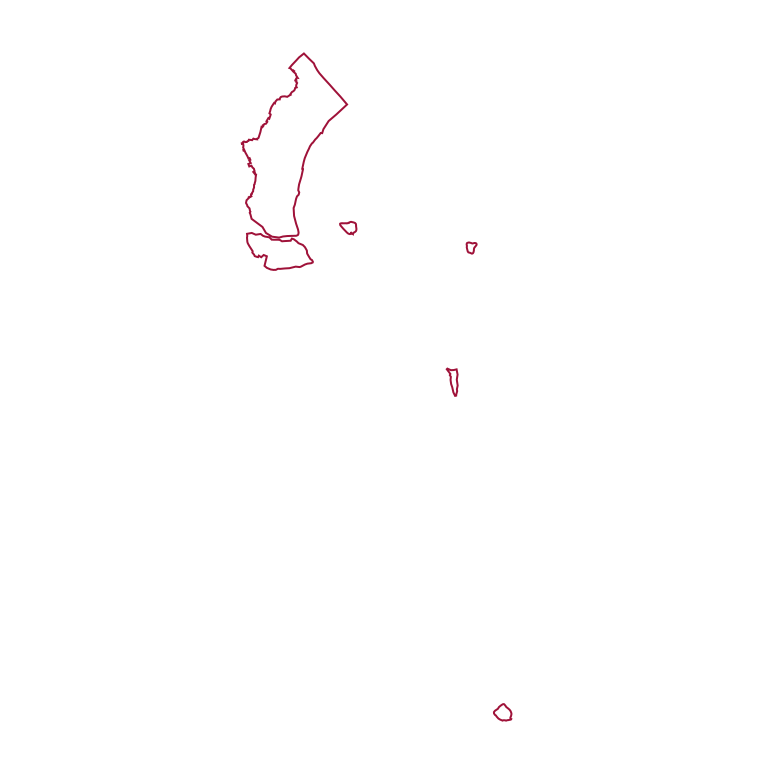 Kolofo'ou, Tonga, rotated 99°
{"feature_id": "48082658B76905372739919", "entity_name": "Kolofo'ou", "entity_type": "district", "adm_level": 2, "iso_a3": "TON", "parent_name": "Tonga", "parent_adm1": "", "projection": "robinson", "projection_center": [-175.151, -21.107], "detail": "fine", "context": "isolated", "style": "outline", "palette": "rose", "viewbox_px": 768, "rotation_deg": 99, "n_neighbors": 0, "source": "geoboundaries", "source_scale": "gbopen_adm2", "svg_char_len": 4893}
<svg xmlns="http://www.w3.org/2000/svg" viewBox="0 0 768 768"><g transform="rotate(99 384 384)"><path d="M86.7,526.8L86.9,525.8L89.0,523.2L88.4,522.8L89.0,521.7L89.8,522.2L91.4,519.7L92.8,519.2L95.1,517.2L95.1,518.0L96.0,518.5L96.6,518.3L97.2,518.9L98.2,519.1L98.6,517.8L99.5,517.9L100.3,516.9L102.1,517.4L103.6,517.4L104.7,516.6L105.4,518.0L107.5,518.3L108.1,518.7L108.9,519.2L109.8,520.4L110.7,521.0L112.7,521.9L113.0,521.5L113.9,522.7L115.5,524.5L115.4,527.0L116.0,529.6L116.8,530.9L118.4,531.6L119.2,531.5L119.7,533.9L122.0,535.4L123.9,535.6L123.6,536.5L124.6,537.0L127.8,538.4L130.2,539.0L132.0,539.1L134.6,539.5L135.5,538.1L136.6,538.2L139.9,538.8L139.4,539.8L142.9,541.2L143.4,540.3L145.4,541.3L145.9,542.7L147.4,544.1L147.9,543.5L148.3,543.7L149.4,544.3L149.2,545.2L154.4,545.5L160.4,546.4L160.8,546.6L161.7,547.9L162.2,547.7L162.3,550.2L162.1,551.4L163.8,552.4L163.8,554.4L163.9,555.7L165.1,555.9L165.5,556.8L166.4,557.3L166.8,559.0L166.4,559.6L166.6,560.7L167.3,561.2L168.2,560.9L168.5,562.1L169.1,561.9L168.7,560.7L170.7,560.1L172.5,560.1L174.6,558.7L174.9,559.5L175.5,559.2L175.1,558.4L177.1,557.1L178.5,556.0L180.3,554.6L182.4,553.2L181.9,552.1L183.5,551.1L184.2,552.1L186.6,550.2L187.9,552.4L190.2,551.1L189.1,549.1L190.7,547.8L191.7,546.2L193.8,545.2L195.0,546.3L196.1,545.1L195.5,544.6L196.9,543.7L197.3,543.9L197.6,543.6L197.5,543.1L200.0,543.1L203.6,542.8L205.9,543.1L206.7,543.0L207.6,543.5L210.3,543.1L212.5,543.6L214.2,543.4L215.7,544.2L216.8,544.1L217.2,544.9L218.4,545.0L219.3,544.3L220.3,545.4L220.3,546.5L220.8,546.9L221.4,546.6L224.0,548.5L226.8,548.6L228.8,547.1L229.8,546.7L231.6,544.3L234.1,543.4L234.8,542.9L235.9,543.4L237.1,542.6L237.7,542.3L241.6,540.6L247.9,528.6L253.3,524.2L256.0,517.6L255.8,510.5L254.1,506.8L253.0,502.7L252.1,498.1L251.3,493.8L250.4,492.4L249.1,492.0L247.6,492.1L244.8,493.1L239.4,495.9L232.1,499.1L224.3,500.8L220.8,500.1L214.9,499.8L212.3,499.3L210.4,497.9L208.0,497.7L206.1,499.0L204.2,499.1L200.1,499.1L193.5,498.2L191.9,498.0L184.5,497.6L184.2,497.7L184.2,498.4L177.0,498.0L173.4,497.6L166.7,496.0L163.2,494.9L160.8,494.3L157.6,492.8L156.8,492.0L153.3,490.2L151.7,489.0L149.5,487.7L146.0,485.8L145.9,484.3L141.8,483.7L132.9,479.8L125.3,473.3L113.7,464.2L106.9,472.1L101.9,478.4L97.1,484.2L90.9,492.0L90.7,492.2L87.2,496.4L84.4,499.1L80.7,502.0L78.3,503.4L74.6,508.7L70.1,514.8L74.7,519.0L78.2,521.3L83.3,524.8L86.7,526.8ZM281.9,489.6L281.7,485.6L281.1,484.4L278.3,480.7L277.1,478.4L276.1,474.8L275.1,473.4L274.3,473.4L272.8,474.6L272.3,476.0L270.4,477.7L267.2,480.3L264.2,481.1L261.2,483.5L259.4,485.9L258.3,490.5L256.9,492.4L255.2,495.6L254.8,497.7L255.4,498.0L257.1,498.6L258.6,505.5L259.0,507.0L257.9,509.8L258.6,514.4L259.0,517.5L257.1,520.1L257.0,522.9L257.0,524.6L256.5,526.8L255.1,529.3L256.6,534.0L255.5,538.2L257.1,542.8L259.2,542.2L260.9,542.2L263.8,541.5L265.0,541.2L266.4,540.5L268.8,538.6L273.4,534.5L274.8,534.6L276.6,532.5L277.9,531.7L278.3,529.6L278.4,528.2L276.8,527.7L278.0,525.1L275.4,523.0L276.2,519.7L286.0,520.5L287.6,517.9L288.6,513.9L288.6,511.0L288.2,508.7L286.8,506.8L286.5,504.4L285.4,500.1L284.4,495.5L281.9,489.6ZM684.9,210.9L683.9,212.7L682.8,213.7L681.5,215.2L681.5,216.2L682.4,217.4L683.5,218.5L685.1,219.9L687.0,220.7L689.4,223.3L690.9,224.1L692.2,223.8L693.4,222.7L693.9,221.6L694.8,220.8L696.5,218.7L697.2,217.1L697.6,215.6L697.9,214.2L697.5,213.8L697.2,211.9L697.4,210.8L696.8,209.7L696.6,208.9L696.3,208.0L696.1,207.6L695.9,207.0L695.8,206.6L695.4,206.0L695.0,205.9L694.8,206.7L693.6,207.0L692.2,206.6L691.0,206.5L689.9,206.5L688.8,206.9L687.3,207.8L686.0,209.1L684.9,210.9ZM358.2,314.6L359.3,317.3L359.9,320.1L358.9,323.8L359.6,324.3L363.7,320.0L364.9,320.4L366.4,319.1L369.5,318.9L373.5,317.7L376.5,316.1L381.5,314.1L384.6,311.9L384.2,310.9L383.0,311.0L379.6,310.6L377.8,311.2L374.0,311.0L368.3,312.8L363.2,312.8L358.2,314.6ZM229.2,442.5L229.7,443.3L230.2,443.6L230.2,444.1L230.3,444.3L230.5,444.3L230.7,444.5L230.9,445.2L231.0,445.4L231.1,445.6L231.2,446.1L231.1,446.3L231.2,446.6L231.3,447.3L231.3,447.6L231.4,447.9L231.5,448.4L231.6,448.7L231.6,449.3L231.7,449.6L231.8,450.3L231.7,450.5L232.2,452.0L232.5,452.4L232.9,452.4L234.0,452.0L235.4,450.4L237.1,448.4L240.2,444.3L240.9,443.1L241.1,442.6L241.3,441.2L241.0,440.5L240.6,440.1L240.1,440.3L239.8,440.3L239.7,440.1L240.6,439.4L240.8,439.0L240.2,438.6L240.1,438.3L240.3,438.1L240.0,438.1L239.3,437.7L239.1,437.2L238.7,436.8L238.1,436.2L237.3,435.6L236.2,435.4L235.1,435.5L232.1,436.4L231.5,436.4L230.2,436.9L229.5,437.8L229.2,439.1L229.0,441.8L229.2,442.5ZM233.6,315.1L232.3,314.4L231.4,314.4L230.7,314.9L230.5,316.0L230.6,316.8L231.1,317.9L231.4,318.8L231.1,320.0L230.9,322.2L231.4,323.4L231.8,324.0L232.3,324.2L233.3,324.2L234.6,323.7L236.2,323.6L237.7,323.0L240.0,322.0L240.8,321.2L240.9,319.9L241.5,317.5L240.9,316.6L239.8,316.2L238.1,316.1L236.6,316.3L235.3,316.1L233.6,315.1Z" fill="none" stroke="#9f1239" stroke-width="2"/></g></svg>